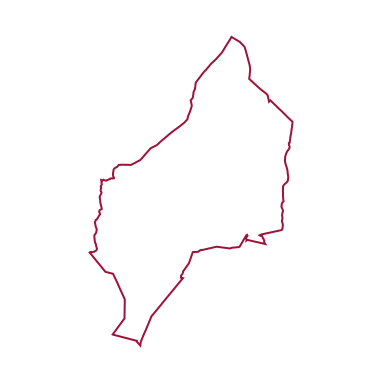 San Sebastián Tecomaxtlahuaca, Oaxaca, Mexico, rotated 187°
{"feature_id": "50627088B84243272648939", "entity_name": "San Sebastián Tecomaxtlahuaca", "entity_type": "district", "adm_level": 2, "iso_a3": "MEX", "parent_name": "Mexico", "parent_adm1": "Oaxaca", "projection": "albers", "projection_center": [-98.086, 17.347], "detail": "fine", "context": "isolated", "style": "outline", "palette": "rose", "viewbox_px": 384, "rotation_deg": 187, "n_neighbors": 0, "source": "geoboundaries", "source_scale": "gbopen_adm2", "svg_char_len": 4223}
<svg xmlns="http://www.w3.org/2000/svg" viewBox="0 0 384 384"><g transform="rotate(187 192 192)"><path d="M100.8,273.9L105.6,277.5L105.9,277.7L113.2,283.4L117.3,286.3L117.8,286.8L125.4,292.5L126.5,291.0L128.8,297.4L131.0,299.1L134.8,301.3L138.2,303.5L149.0,311.2L149.1,320.4L150.2,324.8L155.9,338.9L157.5,342.4L162.8,346.8L171.7,350.7L173.2,347.2L175.7,342.0L176.5,340.3L177.9,337.1L179.1,334.5L179.3,334.0L180.1,332.9L180.7,332.1L184.3,326.9L187.1,323.5L188.8,321.5L189.3,320.9L190.7,318.4L192.1,316.4L193.0,314.9L194.4,313.2L194.6,312.9L195.0,312.3L197.1,308.9L198.1,307.0L201.5,301.3L201.6,300.7L201.6,294.8L202.3,292.6L202.5,291.8L202.5,291.5L202.7,291.1L202.5,289.1L202.6,288.8L202.6,288.6L202.8,285.3L203.8,284.0L204.0,283.6L204.5,282.8L204.4,282.4L204.0,281.5L203.7,280.5L203.1,279.0L202.7,277.5L203.6,272.5L204.3,269.7L205.1,267.0L205.5,263.5L207.9,260.1L212.6,255.3L218.7,249.6L219.7,248.6L229.3,238.2L231.1,236.0L232.7,234.2L238.3,230.5L240.8,226.8L242.5,224.4L242.6,224.2L247.1,217.5L250.2,215.4L253.8,212.8L255.8,211.5L261.3,210.9L265.3,210.5L268.0,209.9L268.8,208.7L269.5,207.8L270.5,207.1L271.1,206.7L272.1,205.6L272.5,204.8L272.6,203.8L272.5,202.9L272.7,202.0L272.6,200.3L272.3,198.4L271.1,196.4L271.1,196.2L271.5,196.1L272.0,195.8L272.3,195.7L273.0,195.8L274.2,195.6L274.6,195.5L274.8,195.0L274.9,194.8L275.1,194.7L275.4,194.7L276.5,194.1L278.6,192.8L278.8,192.8L279.3,192.9L279.9,192.9L280.8,193.1L281.3,193.4L281.6,193.3L282.0,192.8L282.2,192.5L282.5,192.5L283.7,192.9L283.7,192.7L282.9,191.4L282.8,190.9L283.0,190.5L283.0,190.1L282.5,189.1L282.4,188.6L282.6,187.9L283.2,186.9L283.2,186.7L283.2,186.1L283.2,185.9L282.7,185.5L282.6,185.1L282.8,184.4L282.8,183.4L282.9,182.3L282.7,181.8L281.8,180.7L281.7,180.4L282.0,179.3L282.2,178.7L282.3,178.4L282.5,177.6L282.9,176.6L283.1,176.0L282.9,175.3L282.7,174.4L282.4,173.6L282.2,172.9L281.9,171.3L281.6,170.0L281.1,168.6L280.3,166.6L280.0,165.8L279.5,164.1L280.6,163.3L281.4,162.8L281.8,161.0L281.0,159.9L280.5,158.6L281.4,157.2L282.0,155.7L282.5,154.5L283.3,153.0L284.1,152.6L284.1,151.7L284.7,150.7L284.5,149.3L283.9,147.9L283.6,146.5L282.5,144.4L281.9,142.7L282.1,141.3L282.3,139.7L282.9,138.5L283.7,136.8L282.5,131.4L281.8,129.5L281.5,129.1L281.2,128.9L280.6,127.0L280.3,126.2L279.8,125.0L279.4,124.1L279.6,123.0L280.0,122.2L280.8,121.6L281.7,120.9L283.3,120.2L284.7,120.2L285.5,120.1L286.2,119.5L279.3,112.8L277.2,110.8L268.2,102.2L265.8,101.9L260.4,101.2L254.5,91.9L253.2,89.6L246.2,78.2L245.6,77.0L244.5,66.8L243.6,58.2L245.3,55.3L251.7,43.9L253.4,40.9L253.2,40.8L243.4,39.5L232.1,38.0L228.6,37.5L228.7,36.9L228.4,36.6L224.6,33.3L224.6,37.0L222.8,43.7L220.6,50.9L219.4,55.3L217.1,63.7L215.2,66.6L209.0,76.3L208.0,78.0L200.7,89.4L197.7,94.1L193.5,100.8L190.5,105.4L192.6,105.6L192.6,107.8L192.3,108.2L191.5,109.5L191.3,110.5L191.2,110.9L191.2,111.4L191.1,112.0L190.9,112.7L190.6,113.1L186.6,120.5L186.3,121.0L183.9,132.4L182.6,132.7L178.8,133.3L177.2,134.8L176.1,135.6L175.8,135.3L160.9,140.7L148.6,140.6L148.3,140.6L147.3,140.6L145.5,141.6L143.9,141.9L143.0,142.1L139.5,142.9L138.1,143.4L132.9,155.5L132.1,156.2L131.9,155.9L131.6,155.4L131.8,155.0L132.0,154.9L132.3,154.3L132.5,154.4L132.5,154.1L132.5,153.9L132.4,153.7L132.5,153.6L132.7,153.3L132.7,153.1L132.8,152.7L132.6,152.5L132.4,152.1L132.2,151.8L132.1,151.5L132.2,151.1L132.0,150.8L132.0,150.6L131.5,151.2L129.3,151.0L113.0,149.3L113.5,149.9L114.3,151.0L114.3,152.2L115.3,154.2L116.0,154.7L116.6,156.1L117.4,157.0L118.6,156.8L119.6,157.3L117.8,158.4L106.5,162.3L98.5,165.1L97.8,166.1L97.8,167.2L97.8,168.5L97.8,170.5L98.4,172.3L99.2,173.8L99.2,175.2L99.0,176.2L99.1,177.0L99.3,178.6L99.8,179.5L99.7,180.9L99.7,182.4L99.3,184.1L100.0,185.9L100.8,187.1L101.2,187.8L101.5,188.8L101.3,189.8L101.5,190.6L101.0,192.7L100.0,193.8L100.8,197.0L101.2,199.4L101.3,199.8L101.5,202.2L101.8,203.5L102.3,208.4L102.1,209.4L101.4,210.6L100.7,211.5L99.3,213.0L98.3,214.7L98.2,217.2L98.4,219.2L99.2,221.8L99.6,223.9L100.2,225.8L101.0,227.9L101.8,229.7L102.7,231.5L103.5,234.1L103.7,236.4L103.8,238.2L103.5,240.5L103.1,242.1L102.3,244.3L101.4,245.7L100.6,247.6L100.7,249.1L101.5,250.6L101.8,252.4L101.1,252.8L101.0,260.4L100.8,261.8L100.7,271.9L100.8,273.9Z" fill="none" stroke="#9f1239" stroke-width="2"/></g></svg>